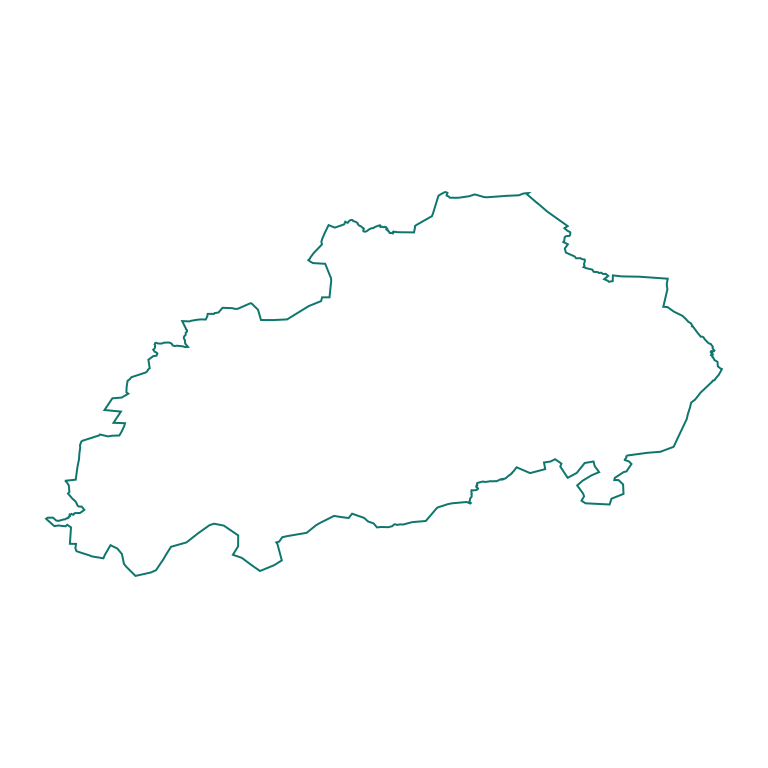 Istras pag., Ludzas, Latvia
{"feature_id": "27541924B50574350244581", "entity_name": "Istras pag.", "entity_type": "district", "adm_level": 2, "iso_a3": "LVA", "parent_name": "Latvia", "parent_adm1": "Ludzas", "projection": "natural_earth1", "projection_center": [27.965, 56.246], "detail": "fine", "context": "isolated", "style": "outline", "palette": "teal", "viewbox_px": 768, "rotation_deg": 0, "n_neighbors": 0, "source": "geoboundaries", "source_scale": "gbopen_adm2", "svg_char_len": 6057}
<svg xmlns="http://www.w3.org/2000/svg" viewBox="0 0 768 768"><path d="M528.4,193.1L524.9,193.3L522.9,193.7L518.8,195.3L507.2,195.8L486.7,197.3L483.8,197.0L475.2,194.5L474.4,194.5L469.3,196.2L459.1,197.7L455.9,197.8L449.8,197.7L448.7,196.5L446.6,195.6L446.6,195.1L447.5,193.0L445.9,192.1L444.4,192.3L439.2,195.2L438.4,195.9L433.1,213.1L432.0,216.1L416.2,225.1L415.1,226.0L414.9,226.3L414.9,228.1L414.0,232.4L397.4,232.2L395.3,231.8L394.6,232.0L393.4,231.5L393.1,231.8L393.3,232.6L393.0,233.4L392.5,233.4L391.3,232.9L390.2,233.2L389.6,232.9L389.4,232.2L388.7,231.6L388.6,231.1L387.9,230.7L388.0,230.3L386.9,229.9L386.3,229.4L386.3,229.0L387.0,228.4L386.3,227.9L386.1,227.2L384.9,226.8L384.5,227.1L383.6,227.2L381.6,226.7L380.5,227.0L380.2,226.6L380.2,225.4L379.6,225.3L375.1,226.9L373.4,228.1L372.0,228.1L369.2,229.3L366.7,231.2L365.0,231.7L363.8,231.5L363.3,231.0L363.3,229.9L363.9,228.9L363.7,228.4L362.1,227.5L361.5,226.6L358.9,225.4L357.8,224.1L357.9,223.8L357.4,223.0L355.6,221.8L353.1,221.0L352.5,220.1L351.6,219.9L349.7,220.5L349.0,221.1L347.9,222.7L347.4,222.8L345.3,221.7L344.3,224.1L344.0,224.4L335.2,227.5L334.5,227.5L328.6,225.1L325.0,232.4L322.2,238.9L321.4,241.7L321.9,244.5L313.8,252.9L310.3,257.6L309.8,258.8L308.3,260.1L310.3,261.6L313.1,263.1L325.2,263.8L331.0,278.2L331.2,280.6L331.1,281.9L329.5,297.3L322.1,297.3L321.1,301.1L308.9,306.0L287.1,319.4L272.7,320.1L261.0,320.0L258.0,309.7L251.4,303.3L250.3,303.3L237.5,308.9L234.4,308.8L232.7,308.2L222.5,307.8L218.5,312.5L214.6,313.1L214.0,313.9L207.7,313.9L207.4,315.9L205.8,319.5L201.2,319.4L197.4,319.7L191.1,320.8L189.4,321.4L182.2,321.1L186.2,329.2L186.1,329.4L186.8,329.9L187.0,330.4L187.0,331.5L185.8,332.6L185.6,335.0L184.1,336.4L183.8,337.8L184.0,338.8L184.9,340.0L185.2,343.6L188.0,346.9L184.9,347.1L183.1,346.4L177.0,345.7L174.9,346.1L172.5,345.3L172.1,344.3L170.7,343.0L168.5,342.5L163.8,342.7L162.0,343.5L159.6,343.6L157.3,343.3L156.3,342.8L155.3,343.0L154.6,344.6L155.1,345.5L154.9,347.8L154.3,348.8L153.2,349.7L154.8,351.8L156.2,352.4L157.4,353.4L156.5,355.7L153.3,356.1L148.4,359.7L149.7,368.3L148.0,369.6L147.4,371.1L145.7,372.5L131.7,377.1L131.1,377.5L129.8,379.2L127.6,380.8L126.6,387.2L126.4,392.3L128.3,393.7L121.6,397.6L112.4,398.3L104.5,410.0L120.9,411.6L113.5,422.8L125.0,423.2L124.2,426.1L121.5,431.8L119.3,435.5L112.2,435.7L108.1,436.4L99.9,434.5L98.9,435.5L82.6,440.7L81.3,441.6L80.0,445.2L80.2,447.6L79.4,453.3L79.0,459.3L77.4,467.3L75.7,479.7L65.7,480.7L65.6,481.2L66.8,482.3L68.8,485.4L69.4,492.0L68.0,493.5L72.7,499.0L73.8,499.8L75.9,501.9L77.6,505.6L78.7,506.5L81.7,506.6L84.3,509.9L80.0,513.0L75.0,513.1L74.1,513.6L73.9,514.3L73.1,514.8L71.5,513.9L70.7,514.6L69.7,514.4L69.5,514.9L69.9,516.2L69.2,516.4L68.4,517.9L67.7,517.7L67.1,518.4L66.3,518.5L65.0,519.4L64.1,519.3L59.6,520.6L57.8,520.9L56.0,520.4L53.1,517.7L47.7,517.7L46.1,518.8L54.3,526.1L58.4,525.5L65.6,526.3L67.2,524.8L71.0,527.4L69.9,543.8L76.0,543.9L75.4,548.2L76.4,551.0L77.6,551.6L90.1,555.6L91.4,556.3L103.4,558.3L105.0,554.6L110.5,545.2L117.3,548.5L121.9,554.0L124.0,564.0L126.6,567.1L135.5,575.9L150.8,572.5L156.0,570.2L163.5,559.1L165.7,555.2L171.0,546.8L186.5,542.4L197.8,533.5L209.5,525.2L214.0,523.7L223.8,525.6L238.2,535.4L238.1,546.4L232.9,554.8L241.7,557.8L252.5,565.8L260.0,571.0L274.1,565.2L281.8,560.4L277.4,543.9L276.3,542.4L279.2,541.6L282.3,537.2L287.3,536.1L306.7,532.8L316.1,525.2L319.9,523.0L334.0,515.9L342.0,517.2L348.7,518.0L352.1,513.7L364.1,517.9L368.1,521.5L373.6,523.4L377.0,527.4L381.1,527.0L388.2,527.2L392.2,526.2L393.7,524.8L394.8,524.2L397.2,524.9L399.9,524.4L403.4,524.5L412.3,522.1L425.8,521.0L436.9,508.0L438.1,507.3L448.0,504.1L452.1,503.3L466.6,502.0L470.3,503.5L470.8,503.0L469.3,501.8L469.8,500.6L470.2,498.4L471.6,496.8L471.7,495.3L471.4,494.3L471.8,493.8L471.3,491.6L471.6,490.2L473.7,490.4L476.4,490.0L477.9,489.0L478.0,488.4L476.6,487.3L476.2,486.7L476.3,486.2L477.0,486.0L477.2,485.6L476.9,485.2L477.2,485.0L477.0,483.7L477.4,482.9L483.1,481.5L485.2,482.0L491.2,481.1L492.3,481.4L494.6,481.1L496.3,481.3L499.5,479.9L499.7,479.6L501.5,479.2L501.3,479.5L501.5,479.7L502.6,479.5L504.6,478.7L505.9,478.1L508.1,476.1L510.9,474.2L511.2,473.6L512.1,473.1L512.3,472.5L513.7,471.1L516.6,467.3L530.1,473.1L545.2,469.1L544.0,462.5L550.6,461.5L555.1,459.2L561.4,463.6L560.3,466.6L567.7,477.8L576.8,472.9L584.7,463.0L593.5,461.5L594.7,466.1L599.1,472.1L591.6,475.3L582.5,480.8L577.2,485.4L583.1,493.6L584.1,496.3L581.5,500.7L585.5,503.3L609.6,504.5L611.5,498.7L623.5,493.9L623.1,484.4L618.4,480.0L614.3,480.1L614.8,477.9L623.6,472.1L626.5,471.4L631.5,464.0L628.9,461.4L624.8,460.0L624.7,459.8L626.3,457.6L626.3,456.4L627.4,455.5L647.3,452.8L660.3,451.8L673.6,446.8L686.8,418.9L687.8,414.3L690.1,407.2L690.7,404.3L691.3,402.5L695.1,399.6L700.7,392.5L711.8,382.0L712.5,381.3L712.7,380.6L713.8,380.5L714.5,380.2L716.0,378.0L718.8,374.8L721.9,369.1L720.5,368.5L717.8,366.3L717.6,362.1L717.0,361.5L714.5,360.1L713.4,358.0L712.6,357.4L712.4,356.8L712.7,356.4L712.6,356.0L711.0,355.2L711.4,354.6L712.6,354.1L711.9,353.5L712.0,352.9L711.2,352.8L710.8,352.3L710.7,351.9L711.0,351.3L711.5,351.0L713.7,351.4L714.4,350.6L712.6,348.3L712.8,346.6L711.7,345.4L711.0,344.2L708.8,343.3L707.8,342.5L704.6,339.1L703.5,337.3L702.1,336.6L700.8,336.7L697.6,332.9L693.2,326.9L692.0,326.3L692.4,325.7L690.7,323.1L688.4,321.9L685.8,319.0L682.4,315.8L673.8,311.6L667.6,307.1L663.3,306.8L667.2,290.2L667.4,289.1L666.9,286.3L666.8,283.6L667.7,278.7L639.3,276.7L621.7,276.4L612.9,275.4L612.7,281.1L609.0,281.8L607.5,280.6L604.2,279.2L608.2,275.9L605.7,273.8L604.1,274.0L602.6,273.8L601.4,272.7L599.0,273.0L597.7,272.1L593.6,271.8L592.3,269.6L587.0,268.4L583.5,267.1L584.5,265.9L583.9,264.1L584.7,262.0L584.9,260.1L584.6,259.5L583.3,259.4L581.8,259.0L580.5,258.2L576.1,258.3L574.7,256.5L565.9,252.6L564.8,248.5L567.9,244.3L563.3,242.0L564.2,240.9L564.6,237.7L565.2,236.7L566.3,236.1L569.3,235.9L569.7,235.6L570.2,234.6L570.3,232.5L570.1,232.1L567.5,230.8L564.4,228.2L567.7,226.1L547.3,211.6L537.3,203.0L537.2,203.1L526.9,194.2L528.4,193.1Z" fill="none" stroke="#0f766e" stroke-width="2"/></svg>